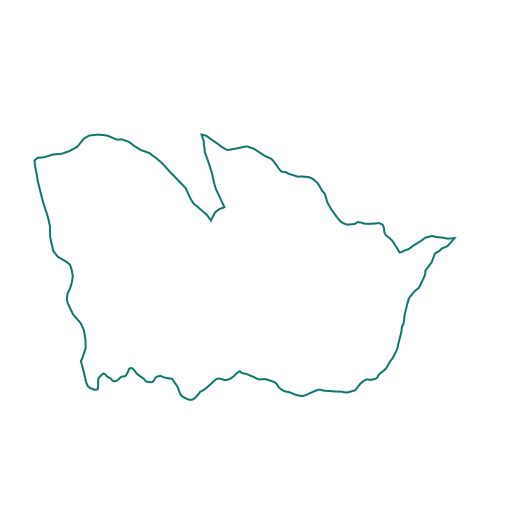 the district of Rangthangling, Chirang, Bhutan, rotated 348°
{"feature_id": "84629894B33629251386681", "entity_name": "Rangthangling", "entity_type": "district", "adm_level": 2, "iso_a3": "BTN", "parent_name": "Bhutan", "parent_adm1": "Chirang", "projection": "equal_earth", "projection_center": [90.106, 26.982], "detail": "fine", "context": "isolated", "style": "outline", "palette": "teal", "viewbox_px": 512, "rotation_deg": 348, "n_neighbors": 0, "source": "geoboundaries", "source_scale": "gbopen_adm2", "svg_char_len": 4283}
<svg xmlns="http://www.w3.org/2000/svg" viewBox="0 0 512 512"><g transform="rotate(348 256 256)"><path d="M70.6,353.4L73.3,353.5L74.3,351.3L74.9,349.0L75.3,346.6L75.9,344.2L77.0,342.3L78.9,341.1L80.7,339.9L82.6,339.2L84.2,340.8L85.2,342.9L86.8,344.2L88.4,345.6L89.5,347.8L91.0,349.1L93.1,349.2L96.3,347.9L98.0,346.6L100.0,346.0L102.0,346.4L104.0,345.9L105.4,344.2L106.9,342.5L108.1,340.4L109.8,339.5L111.8,340.3L113.0,342.2L114.9,346.2L116.0,347.7L117.9,349.7L119.8,351.7L121.1,353.5L122.1,355.7L124.0,356.6L126.5,357.6L128.5,357.7L130.2,356.6L131.7,354.8L133.4,353.6L135.4,353.3L137.7,353.4L140.5,355.5L145.1,357.5L148.3,358.7L149.5,361.3L152.2,368.1L152.5,370.7L152.9,373.3L153.3,375.7L154.5,377.8L156.1,379.2L157.8,380.6L159.8,382.1L162.1,383.2L164.1,383.2L166.5,382.3L168.9,380.7L171.0,379.2L173.2,377.1L175.2,376.7L177.2,376.1L179.1,375.2L181.0,374.2L182.8,373.1L184.7,372.1L186.5,371.0L188.4,369.9L190.2,368.9L192.1,368.0L194.2,368.1L196.1,368.9L197.9,369.9L199.5,370.9L202.3,371.1L205.7,370.6L209.3,368.9L212.9,366.5L216.2,365.3L217.5,367.2L219.4,368.3L222.1,369.3L223.8,370.6L225.5,371.8L227.3,373.0L229.1,374.2L230.8,375.7L232.5,377.0L234.4,377.6L236.5,377.9L238.5,378.1L240.5,378.8L242.3,379.9L244.2,381.0L246.0,382.0L247.8,383.2L249.3,384.8L250.2,387.0L251.0,389.2L252.4,391.1L253.9,392.7L255.6,394.1L257.5,395.0L259.4,395.8L261.3,396.8L263.1,398.1L264.8,399.3L266.7,400.4L268.6,401.3L270.5,402.0L272.5,402.6L274.5,402.6L276.6,402.3L278.6,401.8L280.6,401.3L282.6,400.9L284.6,400.5L286.6,400.1L288.6,399.8L290.7,400.0L292.6,400.8L294.4,402.0L296.7,402.5L298.9,403.1L305.7,405.1L311.5,406.5L313.4,407.4L315.3,408.1L317.3,408.5L324.8,408.0L326.6,406.8L328.2,405.4L329.9,404.0L331.4,402.6L335.4,400.6L338.4,399.7L342.6,401.0L345.7,401.0L347.8,400.9L349.6,399.9L351.0,398.1L352.7,396.8L354.6,395.8L356.5,394.9L358.4,394.0L360.1,392.7L361.6,391.1L363.1,389.4L364.6,387.8L366.2,386.2L368.1,384.6L370.3,382.1L371.8,380.2L373.2,378.4L374.6,376.6L375.7,374.6L376.6,372.4L377.6,370.2L378.6,368.1L379.7,366.0L380.7,363.9L381.8,361.8L382.7,359.6L383.4,357.3L384.3,355.1L385.8,353.4L386.8,351.4L387.6,349.1L388.3,346.8L389.1,344.5L390.1,342.4L391.1,340.3L392.2,338.2L393.2,336.0L394.2,333.9L395.4,331.9L396.4,329.8L397.8,328.1L399.6,326.7L401.3,325.4L403.0,324.0L404.8,322.9L406.7,322.0L408.6,321.0L410.1,319.4L411.4,317.5L412.8,315.8L414.2,314.0L415.6,312.2L416.9,310.2L418.0,308.1L418.6,305.6L426.4,298.8L431.6,290.7L436.5,289.2L438.5,287.8L440.2,287.1L445.4,286.2L453.9,279.8L449.9,279.3L447.1,278.9L442.0,276.7L436.9,275.2L432.3,273.0L425.3,273.3L420.9,275.4L416.2,277.1L412.2,278.5L406.8,281.0L401.9,281.6L399.0,282.5L397.0,282.2L396.2,279.1L394.7,275.4L393.6,272.2L392.4,269.3L390.3,266.2L387.2,262.5L386.5,259.2L387.0,255.1L386.4,251.7L383.5,249.5L379.4,249.0L373.4,248.1L368.7,246.9L366.3,245.4L362.6,244.0L358.9,245.2L351.7,244.3L348.3,242.2L345.9,239.8L343.2,234.8L339.1,225.5L336.9,218.1L336.3,209.6L334.1,205.7L332.5,200.4L331.1,197.0L329.6,195.0L327.4,192.2L324.0,189.8L320.8,188.8L317.1,187.7L313.4,187.1L307.4,183.7L304.6,182.2L303.2,180.5L300.2,179.4L298.4,178.7L296.5,175.2L295.2,172.2L292.4,166.0L290.8,163.9L285.2,159.7L276.4,150.8L273.3,148.9L269.7,146.8L257.9,146.7L250.4,146.5L248.8,145.5L245.7,142.7L241.1,137.5L235.1,131.2L233.7,129.4L232.0,127.9L230.1,126.9L228.0,125.9L228.8,133.0L228.2,136.0L228.0,140.4L227.5,143.6L229.0,154.5L230.1,165.2L230.2,175.8L230.7,182.1L232.8,191.1L234.2,197.2L235.3,201.7L229.8,202.5L225.2,204.7L222.1,208.4L219.3,212.0L216.7,205.9L212.1,199.7L205.9,191.7L204.5,188.1L203.6,185.5L201.3,175.0L197.6,169.0L194.9,164.6L189.2,155.6L183.3,145.4L177.7,138.3L175.8,136.4L173.5,133.4L170.4,131.4L165.6,128.6L159.9,123.1L155.4,118.0L149.0,114.0L144.4,113.4L140.2,110.5L136.0,107.6L132.0,106.0L126.4,104.4L117.9,103.5L112.2,105.3L103.9,112.0L95.6,114.5L87.5,115.6L78.3,114.5L69.1,115.4L62.9,114.5L59.2,116.5L58.6,122.2L58.5,125.4L58.5,131.0L58.1,136.9L58.6,152.0L58.9,158.5L60.0,168.8L60.6,176.0L60.6,183.6L58.6,194.9L58.6,202.9L58.8,209.1L62.0,215.6L68.9,221.8L72.3,225.9L72.8,230.8L72.6,237.6L70.6,243.1L67.4,249.0L63.7,253.8L62.0,259.3L62.0,262.8L64.8,274.8L70.6,285.4L72.3,293.0L71.7,303.0L70.3,310.6L64.2,320.9L62.9,322.2L63.4,334.5L63.6,344.3L64.4,348.3L66.3,350.7L70.6,353.4Z" fill="none" stroke="#0f766e" stroke-width="2"/></g></svg>